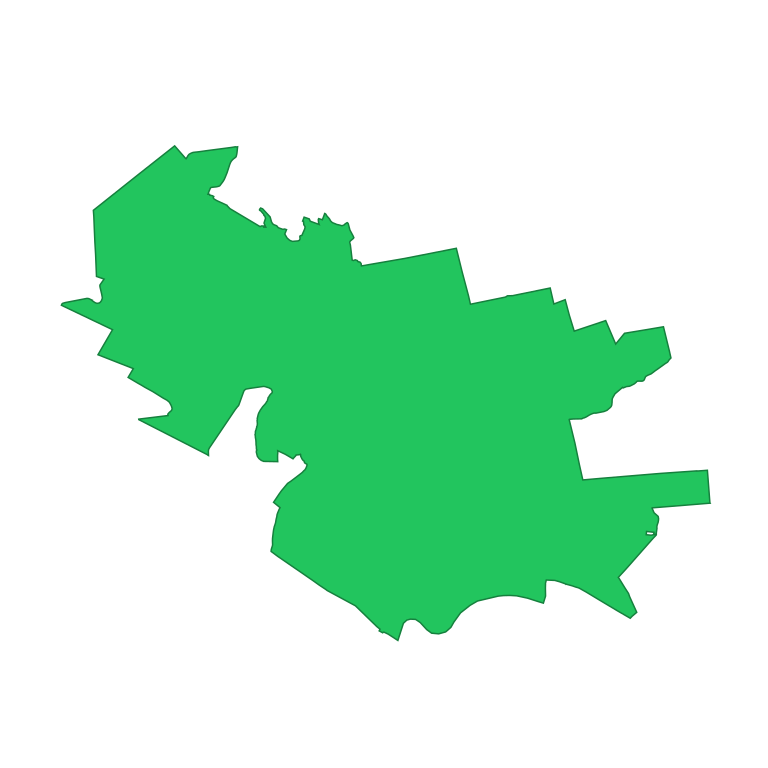 the district of Ciobanu, Constanta, Romania, rotated 174°
{"feature_id": "2599482B30687674073504", "entity_name": "Ciobanu", "entity_type": "district", "adm_level": 2, "iso_a3": "ROU", "parent_name": "Romania", "parent_adm1": "Constanta", "projection": "equal_earth", "projection_center": [28.044, 44.709], "detail": "fine", "context": "isolated", "style": "filled", "palette": "green", "viewbox_px": 768, "rotation_deg": 174, "n_neighbors": 0, "source": "geoboundaries", "source_scale": "gbopen_adm2", "svg_char_len": 6076}
<svg xmlns="http://www.w3.org/2000/svg" viewBox="0 0 768 768"><g transform="rotate(174 384 384)"><path d="M248.4,149.4L245.5,156.2L244.8,164.3L244.3,168.0L244.3,168.7L243.1,172.1L234.6,170.8L229.9,168.9L224.3,166.2L224.1,165.8L223.8,165.9L217.9,163.6L214.3,161.9L212.2,161.1L211.1,160.5L204.6,155.9L193.9,147.8L175.8,134.2L163.6,125.3L161.5,127.1L156.5,130.5L161.9,146.7L162.7,150.1L165.7,156.0L170.2,165.4L171.2,167.2L163.0,174.4L132.4,202.5L129.1,205.3L128.8,206.2L129.0,206.4L129.5,206.0L130.2,205.9L131.5,206.0L134.0,205.7L139.0,206.7L138.3,209.9L131.0,208.3L131.5,206.2L130.1,206.1L129.8,206.2L128.9,206.7L127.6,212.0L127.6,213.4L127.1,215.1L125.8,217.9L125.3,219.7L125.0,221.3L125.2,223.7L128.6,227.4L128.9,227.8L130.4,232.6L130.2,232.8L102.9,232.1L72.1,231.4L72.3,231.9L71.4,264.4L82.0,264.7L82.0,264.9L119.2,266.2L178.6,267.5L196.3,267.8L198.1,283.3L200.3,305.2L203.5,328.8L203.5,329.4L203.3,329.5L199.2,329.4L191.0,328.7L189.2,329.4L188.4,329.4L186.1,330.2L183.0,331.7L181.1,332.4L179.2,332.9L178.1,333.1L176.1,332.9L168.2,333.6L165.0,334.5L161.2,337.1L160.3,338.1L159.7,339.2L159.1,341.9L158.9,343.5L158.5,345.5L157.5,347.1L155.3,350.1L147.1,355.7L146.6,355.1L143.0,356.1L140.4,356.1L139.1,356.4L135.0,358.0L133.1,359.3L132.4,360.0L131.8,360.3L130.9,360.3L127.6,359.9L126.5,359.9L125.5,360.3L124.7,361.0L124.0,362.4L123.2,363.8L122.6,364.3L120.8,365.1L117.2,366.2L113.1,368.7L110.0,370.4L102.7,374.6L99.9,376.0L99.3,376.5L98.0,378.1L95.9,379.9L96.6,385.8L96.6,386.0L100.1,411.7L115.7,410.7L139.5,409.3L149.4,399.5L156.9,423.9L189.3,416.7L192.5,433.0L195.0,448.9L206.7,445.8L208.7,462.1L246.9,458.4L252.0,458.8L253.5,458.1L253.7,457.8L289.7,454.3L290.7,462.6L294.6,487.6L297.9,511.4L350.3,506.7L394.1,503.8L394.2,506.3L395.2,507.8L396.9,508.3L397.4,508.7L397.5,509.5L399.6,510.5L401.6,510.0L402.7,510.5L402.9,525.8L403.3,528.4L403.1,529.1L402.3,529.9L399.2,532.0L398.7,532.7L399.3,534.6L401.8,540.7L402.8,547.1L403.1,547.7L403.6,548.3L403.9,548.3L405.9,547.3L407.2,546.3L407.9,546.1L408.7,545.9L409.6,545.9L411.5,546.7L414.5,547.7L415.3,548.2L418.5,549.9L420.1,551.8L420.8,553.6L421.9,555.3L423.0,556.7L424.2,559.1L424.9,559.7L425.2,559.8L425.5,559.0L428.1,553.8L431.7,555.3L432.2,554.4L432.2,550.9L431.8,549.4L440.3,553.6L441.1,556.0L446.0,558.3L447.9,554.5L447.1,554.2L447.1,550.8L446.0,548.6L446.7,546.4L450.2,540.3L451.8,540.2L452.3,539.4L452.3,537.1L453.1,535.8L454.5,535.3L460.2,535.4L462.7,536.7L465.1,539.3L467.0,543.5L464.8,547.7L466.6,548.5L468.5,548.4L472.8,550.5L474.2,552.6L476.8,553.9L478.0,555.0L478.9,556.9L479.8,562.1L486.4,570.9L488.3,571.9L489.5,570.7L489.6,570.0L489.2,569.5L488.5,569.1L485.8,565.2L485.8,564.3L484.9,563.3L484.5,561.2L486.5,556.6L485.2,552.3L487.2,552.6L487.1,553.7L489.4,554.0L490.8,553.5L518.9,574.5L521.3,577.6L521.4,578.1L531.0,583.8L533.6,585.7L534.4,587.0L533.7,588.3L535.2,589.3L537.6,590.0L537.6,590.8L538.1,591.0L539.2,591.1L538.0,593.7L536.1,597.1L535.7,597.4L534.6,597.6L530.1,597.6L528.4,597.8L527.0,598.1L526.4,598.5L525.0,600.0L523.4,601.7L522.3,603.0L521.2,604.6L520.2,606.4L518.0,610.5L514.4,618.6L513.6,620.1L512.7,621.4L511.8,622.3L511.0,623.0L509.7,623.9L508.3,624.7L507.5,625.3L507.2,625.8L506.6,627.4L506.1,629.1L504.8,635.2L505.8,635.1L506.2,635.2L506.5,635.4L508.1,635.4L509.1,635.3L511.2,635.2L535.4,634.6L544.4,634.3L548.9,634.3L550.1,634.2L552.1,633.6L553.7,632.9L554.5,632.2L555.4,631.2L556.2,630.0L557.3,628.7L557.6,628.9L567.3,642.7L605.0,618.9L654.9,587.1L655.1,580.6L655.9,568.4L656.7,555.4L657.3,542.6L658.7,521.0L651.4,517.6L656.0,512.4L656.3,511.5L656.3,510.2L655.4,503.1L655.1,499.2L655.4,498.2L656.3,496.4L657.5,495.1L658.5,494.4L659.1,494.3L661.0,494.2L662.7,495.0L664.4,496.4L666.8,498.6L666.7,498.6L668.7,499.8L670.4,500.2L692.6,498.3L695.2,497.8L696.0,497.2L696.6,496.0L648.3,466.4L665.4,443.0L631.7,425.5L637.8,417.3L628.5,410.4L625.4,408.2L622.1,405.7L614.6,400.5L604.9,392.9L601.7,390.7L600.1,389.1L599.3,388.2L598.2,385.6L597.7,384.1L597.3,382.0L597.4,381.2L597.7,380.6L598.1,380.0L598.6,379.5L600.5,378.2L602.0,376.8L602.1,376.5L602.2,375.9L602.1,375.2L631.6,374.7L631.6,374.2L566.5,331.8L566.5,331.5L566.0,331.2L565.7,335.3L565.5,336.3L565.3,337.1L564.3,338.7L534.6,374.1L532.0,376.8L531.0,377.6L530.4,378.6L525.1,389.6L524.1,391.6L523.4,392.4L522.4,393.1L521.6,393.4L517.1,393.7L504.2,394.2L503.5,394.1L502.2,393.7L498.3,392.0L498.1,391.7L497.0,391.0L496.6,390.5L496.1,389.1L495.9,388.2L496.1,387.1L497.9,385.7L499.0,384.6L499.7,383.5L500.1,383.0L500.6,382.7L500.8,381.9L501.2,381.0L501.8,379.4L502.0,379.1L502.8,378.4L503.1,377.8L504.4,376.4L507.0,374.1L509.7,371.0L511.7,368.1L512.3,366.8L513.7,362.9L513.6,362.4L513.8,361.5L514.0,361.2L514.1,357.6L514.5,355.8L515.1,354.8L515.1,354.1L515.6,353.3L515.9,352.2L516.8,350.5L517.2,347.8L517.6,347.0L517.4,346.1L517.5,344.2L517.3,341.8L517.4,339.4L517.6,336.9L517.5,335.1L517.7,332.6L517.4,332.1L517.4,331.4L517.9,330.9L518.1,329.5L517.5,325.3L516.1,322.9L514.1,320.9L511.7,319.6L497.8,317.9L497.7,320.4L497.3,324.2L496.7,327.4L496.7,328.8L489.5,324.4L482.3,319.1L481.3,320.1L479.0,322.1L478.8,322.6L476.9,322.5L475.1,322.6L474.5,322.9L474.3,322.7L474.4,321.9L474.3,320.6L473.3,317.9L472.8,317.0L472.2,316.2L471.4,315.6L471.3,314.1L471.0,313.7L470.1,313.0L469.0,312.2L469.2,310.8L470.4,308.5L471.6,306.9L472.8,306.1L474.5,304.6L477.7,302.6L486.4,297.3L490.3,295.2L497.2,288.5L499.6,285.8L506.2,277.9L500.3,271.9L501.5,270.1L503.4,266.6L504.1,265.0L504.4,263.5L505.4,260.8L506.3,257.5L506.9,256.0L508.0,253.7L509.1,250.4L509.6,248.3L511.0,242.1L511.3,239.8L511.6,235.8L511.9,234.7L513.1,232.0L513.4,231.2L513.8,229.4L513.7,229.2L507.6,223.6L475.2,195.9L469.7,191.0L463.3,185.7L462.2,184.6L435.6,166.4L420.5,148.3L416.5,143.5L413.6,140.6L414.6,139.0L411.3,136.7L410.6,137.2L409.9,137.2L406.0,134.8L397.0,127.5L389.7,144.0L386.0,146.8L382.4,147.4L377.2,146.6L372.9,143.0L367.2,135.3L362.7,131.2L355.7,129.8L348.6,131.0L346.4,132.5L342.9,135.0L339.4,139.9L331.8,148.4L321.5,154.9L313.7,158.4L292.5,161.1L287.4,161.1L281.1,160.6L274.3,159.5L263.6,156.0L253.2,151.4L248.4,149.4Z" fill="#22c55e" stroke="#15803d" stroke-width="1.5"/></g></svg>